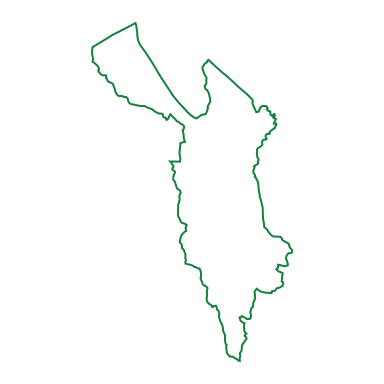 Citlaltépetl, Veracruz, Mexico
{"feature_id": "50627088B61699317845767", "entity_name": "Citlaltépetl", "entity_type": "district", "adm_level": 2, "iso_a3": "MEX", "parent_name": "Mexico", "parent_adm1": "Veracruz", "projection": "albers", "projection_center": [-97.89, 21.337], "detail": "fine", "context": "isolated", "style": "outline", "palette": "green", "viewbox_px": 384, "rotation_deg": 0, "n_neighbors": 0, "source": "geoboundaries", "source_scale": "gbopen_adm2", "svg_char_len": 6016}
<svg xmlns="http://www.w3.org/2000/svg" viewBox="0 0 384 384"><path d="M287.8,265.3L287.6,262.5L286.0,258.5L286.3,256.3L287.4,254.4L288.8,253.1L290.9,253.1L292.1,252.4L292.1,250.6L291.6,249.4L290.7,248.5L289.2,246.3L289.2,244.4L288.1,243.2L286.0,242.2L283.0,240.5L282.1,239.5L281.7,238.1L280.7,237.0L278.0,236.6L273.6,236.5L271.8,235.6L270.6,234.4L268.4,231.8L267.1,229.6L264.1,226.8L264.1,225.0L263.9,223.1L263.0,218.6L262.7,207.6L261.7,203.8L260.9,199.8L259.7,196.6L259.6,194.2L259.1,192.3L258.9,190.8L258.7,190.0L258.4,185.2L258.0,182.3L257.4,180.9L255.6,177.2L254.9,177.1L255.0,175.7L254.8,174.7L253.5,173.1L253.3,170.8L253.6,170.2L253.7,169.5L254.4,168.0L254.6,167.2L253.9,166.6L254.4,165.9L255.6,165.1L257.8,164.1L258.1,163.3L257.7,161.8L258.1,160.8L258.6,160.2L258.5,158.8L257.7,158.1L257.4,157.5L257.4,156.8L257.0,155.3L256.9,153.0L256.9,152.3L257.2,151.3L257.0,149.6L257.9,148.1L259.3,147.4L262.1,145.3L262.4,144.6L262.0,142.0L262.9,140.3L264.1,139.7L265.3,139.7L266.2,139.4L266.7,138.7L265.9,138.0L265.6,136.5L265.8,134.9L266.7,134.1L267.8,133.8L269.0,134.0L269.8,133.5L269.5,132.2L270.1,131.4L272.8,129.3L275.1,127.8L275.3,126.2L276.2,125.1L276.3,123.7L275.3,123.4L273.9,123.6L274.1,122.8L275.2,120.6L275.8,118.8L273.6,118.2L273.2,116.9L274.7,116.2L274.8,114.5L274.0,114.0L272.9,115.2L272.1,115.8L270.8,115.0L270.3,114.1L270.4,111.9L269.7,111.2L267.7,110.6L266.8,109.3L267.7,108.3L266.3,106.2L264.6,106.0L262.4,106.0L260.5,107.2L259.9,108.8L259.2,110.2L258.8,111.6L256.3,112.2L254.8,108.8L253.3,105.5L252.4,103.1L252.8,101.3L252.3,99.5L246.7,93.9L238.8,87.2L234.4,83.0L227.4,76.7L221.0,71.3L214.9,65.9L214.2,65.1L208.3,59.8L207.5,60.7L207.2,61.9L206.2,62.4L206.1,62.9L204.7,63.8L203.8,64.8L203.5,66.0L202.7,66.7L202.4,68.2L202.8,69.8L203.5,71.6L204.3,73.9L205.6,76.4L206.3,77.1L206.6,78.7L206.2,80.2L206.4,81.4L206.4,83.3L205.7,84.7L204.7,85.6L204.9,86.9L205.2,88.1L205.8,89.2L207.2,90.3L208.2,91.9L209.0,93.8L210.2,99.6L210.0,102.1L207.7,106.5L207.8,108.7L206.9,111.4L205.9,113.8L205.1,114.3L202.7,114.6L200.9,115.3L200.5,115.7L198.9,116.6L197.7,117.8L196.2,118.4L193.6,117.2L192.4,116.2L190.9,115.3L188.9,113.3L188.4,113.1L184.6,108.9L178.5,102.4L173.1,95.8L171.7,93.5L161.2,77.7L157.9,72.3L155.4,67.9L151.0,60.7L145.7,52.6L140.4,45.3L139.1,42.9L138.5,41.3L138.0,39.8L137.4,36.7L137.1,31.6L136.8,29.4L136.5,27.9L136.4,26.3L135.5,23.0L134.1,23.7L128.5,26.8L112.6,34.9L109.0,37.2L92.5,47.2L91.9,53.4L93.1,58.6L92.5,61.3L92.6,61.7L93.5,62.2L96.9,65.1L98.4,67.0L99.1,69.4L98.2,70.6L98.8,72.0L100.8,74.2L102.9,75.4L104.7,75.2L106.2,75.6L106.3,76.9L106.0,77.7L106.7,78.9L107.9,81.4L112.1,83.3L112.9,84.0L113.7,86.2L114.6,88.5L115.4,91.4L116.2,93.3L117.8,95.5L120.0,96.2L121.7,95.8L124.0,97.0L126.1,97.0L127.6,98.4L128.5,101.9L129.7,103.3L131.0,104.1L131.7,104.3L133.8,104.5L138.2,105.6L140.4,106.0L142.8,106.1L144.4,106.0L148.3,107.9L151.7,109.0L153.6,110.4L154.6,111.3L158.7,113.5L161.0,113.5L162.6,114.1L163.3,116.8L163.9,117.4L165.6,117.7L166.0,119.2L166.6,119.9L167.7,119.2L170.4,114.2L173.4,117.5L174.7,118.7L177.0,121.2L178.7,122.0L180.7,123.7L181.8,124.2L183.4,125.6L184.3,126.7L183.9,128.1L183.4,129.5L183.1,130.0L182.6,130.3L183.2,132.2L183.6,134.9L183.8,138.4L185.0,141.9L183.1,142.1L180.2,143.4L180.3,146.0L179.9,147.7L179.9,149.4L179.5,151.2L179.5,153.0L179.7,154.9L180.2,157.2L180.3,159.6L180.0,161.6L170.2,161.5L171.3,162.6L172.8,165.3L173.5,166.9L173.0,167.6L172.4,168.2L172.3,169.0L172.9,170.3L174.2,170.8L175.0,172.0L174.7,173.2L174.0,174.6L173.5,175.7L173.5,176.6L173.1,177.8L173.2,179.1L173.7,180.2L174.7,181.4L176.3,186.2L176.7,187.9L178.1,189.2L179.7,190.3L180.5,191.6L180.7,193.0L179.8,194.5L179.2,196.4L179.5,197.4L179.5,198.2L179.7,199.7L179.7,200.5L179.1,201.3L178.8,203.1L178.4,203.9L178.1,206.4L178.3,208.0L178.1,209.0L178.1,211.2L177.9,214.6L178.1,215.9L181.3,222.4L182.3,223.0L183.5,223.3L185.8,224.2L186.7,225.1L186.3,225.7L186.1,226.6L185.6,227.8L185.8,229.2L186.2,230.4L186.2,231.0L185.2,231.4L184.2,232.2L182.6,233.9L181.6,234.9L180.2,239.2L179.9,240.9L179.9,242.4L181.3,244.0L181.9,245.0L181.9,246.6L181.9,247.9L183.8,249.9L185.5,254.8L185.3,257.9L186.0,260.5L185.3,261.7L185.5,263.6L186.3,263.7L188.1,264.3L190.1,264.7L191.9,265.3L193.4,266.1L194.5,267.0L196.2,267.2L197.8,268.4L199.2,268.4L200.1,269.5L200.7,271.5L201.1,274.7L201.0,276.5L200.5,278.3L201.2,280.3L202.0,281.6L202.4,283.6L203.7,285.2L204.8,285.6L206.9,287.1L207.5,288.1L206.9,291.1L206.8,293.2L207.1,294.3L206.7,298.5L206.7,299.9L207.0,301.2L207.4,302.1L209.1,303.9L211.1,304.9L211.8,306.0L212.0,306.8L213.1,307.0L213.5,306.0L215.9,305.7L216.2,306.5L216.6,307.2L217.0,309.4L218.2,310.4L218.8,311.6L219.4,313.5L218.9,316.7L220.4,321.4L221.8,324.1L222.5,325.9L222.9,327.8L223.1,330.4L223.7,332.5L224.7,334.2L225.1,336.4L224.9,338.7L225.1,340.8L225.2,341.9L225.6,343.7L226.7,345.0L226.2,346.9L226.5,350.2L226.9,352.7L227.4,353.8L228.1,354.4L229.0,355.9L230.1,356.6L232.5,356.6L233.7,357.2L234.9,358.3L236.4,358.8L238.4,360.5L239.8,361.0L239.6,359.0L240.2,355.7L240.1,354.7L239.9,353.0L240.9,351.8L241.7,350.2L241.7,348.0L242.3,344.8L243.0,343.6L244.1,342.2L245.0,340.9L246.6,338.8L246.1,337.2L244.6,335.8L245.0,334.8L246.4,333.6L244.9,332.2L244.1,330.1L244.2,329.2L244.0,327.8L244.1,325.9L244.4,323.0L243.0,322.6L242.0,322.0L240.3,320.3L239.7,318.3L239.6,317.4L240.2,317.4L240.5,317.6L241.5,316.8L241.5,316.7L241.6,316.1L241.8,316.0L245.2,317.8L246.9,319.1L248.9,318.9L250.1,318.9L250.9,317.0L251.0,315.3L250.2,311.7L250.9,310.6L251.4,308.3L251.7,307.5L253.2,306.6L253.0,304.4L253.4,302.2L254.4,300.4L255.0,298.6L255.1,296.4L254.6,292.5L254.7,291.3L255.6,290.1L256.9,288.7L258.2,290.0L260.0,291.1L261.8,291.9L264.7,292.6L266.3,292.6L268.7,292.9L271.6,293.0L272.0,291.1L274.9,290.9L275.7,289.8L276.5,288.4L277.2,288.1L279.7,287.6L282.0,286.2L282.8,285.6L282.8,284.6L283.3,283.3L282.7,282.0L281.7,281.6L282.0,279.2L282.2,275.9L282.7,274.3L282.5,272.9L280.9,272.4L279.7,271.8L278.6,271.5L276.3,269.2L277.9,268.2L278.1,264.7L282.7,265.7L284.6,266.3L287.8,265.3Z" fill="none" stroke="#15803d" stroke-width="2"/></svg>